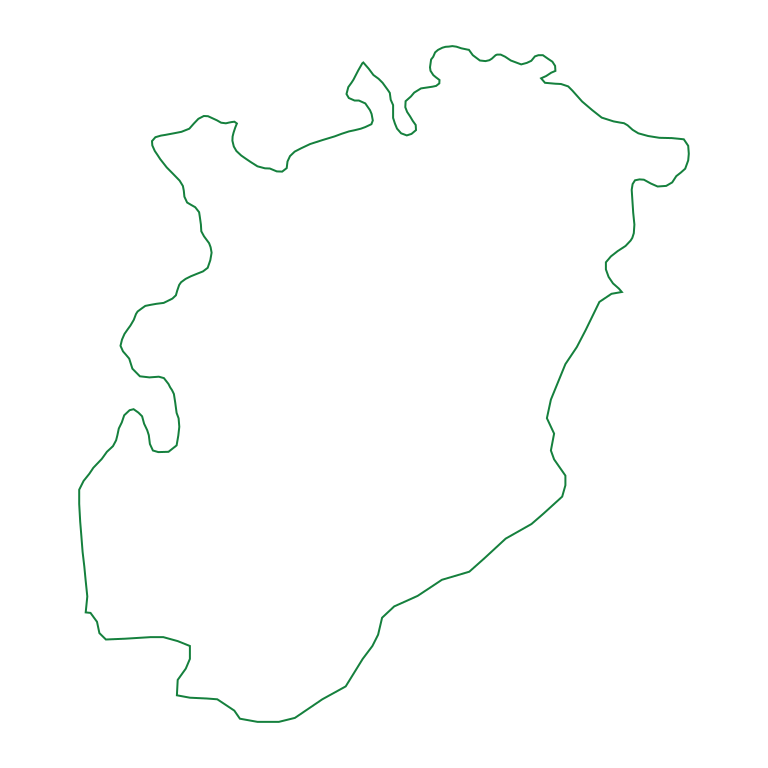 Malaryta, Brest, Belarus (Mercator projection)
{"feature_id": "67162791B17752609820062", "entity_name": "Malaryta", "entity_type": "district", "adm_level": 2, "iso_a3": "BLR", "parent_name": "Belarus", "parent_adm1": "Brest", "projection": "mercator", "projection_center": [24.072, 51.803], "detail": "fine", "context": "isolated", "style": "outline", "palette": "green", "viewbox_px": 768, "rotation_deg": 0, "n_neighbors": 0, "source": "geoboundaries", "source_scale": "gbopen_adm2", "svg_char_len": 3895}
<svg xmlns="http://www.w3.org/2000/svg" viewBox="0 0 768 768"><path d="M85.7,612.4L90.5,612.9L97.0,621.8L99.4,633.1L105.9,639.5L125.2,638.7L151.1,637.1L163.2,637.1L177.7,641.1L189.9,646.0L189.9,658.9L185.8,668.6L177.7,679.9L176.9,695.3L189.9,697.7L206.8,698.5L217.3,699.3L234.3,710.6L239.9,718.7L257.7,721.9L278.7,721.9L294.9,717.9L322.3,699.3L345.7,686.4L362.7,658.9L372.4,646.0L378.1,634.7L382.1,617.7L394.2,606.4L417.6,595.9L441.9,579.8L469.3,571.7L484.7,558.0L505.7,538.6L531.5,524.0L543.6,513.5L562.2,496.6L565.4,485.3L565.4,475.6L554.1,459.4L550.9,450.5L554.1,433.6L546.9,418.2L550.9,399.6L565.4,364.1L576.8,347.1L585.6,330.2L599.4,301.9L611.5,293.8L621.8,292.0L619.0,288.7L613.0,283.4L608.6,276.9L605.9,269.4L605.9,262.3L610.9,256.4L617.8,251.0L625.5,246.0L630.6,240.6L632.3,237.9L633.8,233.2L634.4,224.6L633.2,212.7L631.7,189.8L632.6,184.1L635.0,180.3L639.5,179.4L643.9,179.7L650.8,183.5L657.6,186.5L666.2,185.9L672.2,182.4L676.3,176.1L680.8,172.6L685.2,168.7L688.2,160.4L688.8,153.8L688.2,145.8L683.8,139.3L678.1,138.7L671.9,138.1L659.4,137.8L648.1,136.0L638.3,133.3L632.6,129.8L627.6,125.3L624.0,123.2L620.2,122.6L613.6,121.4L601.7,117.6L592.2,110.1L582.1,101.5L572.3,90.5L568.2,86.4L561.0,84.0L555.1,83.7L545.0,82.8L541.1,78.3L546.2,76.0L551.2,72.7L555.4,70.9L555.1,65.9L552.4,61.7L547.9,58.7L542.9,55.2L538.4,55.2L534.9,56.4L531.3,60.8L526.8,62.9L521.2,64.4L510.8,60.5L505.1,56.7L500.7,54.6L497.1,54.6L495.6,55.2L491.8,58.7L489.4,60.2L485.5,61.1L479.9,60.5L472.8,55.2L468.9,49.8L468.0,49.7L461.3,48.3L456.5,46.7L452.4,46.1L448.8,46.6L445.6,46.8L442.4,47.7L438.0,49.9L435.1,52.4L433.2,56.8L431.1,59.5L430.0,67.3L430.5,70.8L433.3,75.1L435.8,77.2L439.5,80.0L439.3,83.4L436.1,85.9L432.4,86.7L428.4,87.3L421.0,88.4L414.2,92.6L410.9,96.5L405.6,101.2L405.3,107.2L407.1,111.9L410.1,116.4L412.7,120.8L415.7,125.0L416.0,130.1L411.5,133.9L406.8,135.4L401.1,133.3L397.0,128.6L394.9,123.5L393.1,117.9L393.1,111.0L393.1,105.1L390.7,99.7L389.8,92.9L387.7,89.8L382.6,82.8L378.6,78.8L373.4,75.0L368.7,68.7L363.3,62.5L362.3,63.3L358.3,70.3L355.6,75.5L353.5,79.6L351.5,82.7L348.3,87.1L346.5,94.0L348.8,98.0L354.5,100.5L358.8,100.5L365.3,103.4L370.0,110.2L371.6,114.0L372.8,120.5L371.4,124.2L365.2,127.1L360.8,128.7L354.7,130.2L349.0,131.4L341.6,133.8L334.6,136.4L322.7,140.0L310.2,144.0L301.1,148.3L294.7,151.6L290.0,156.1L287.5,161.5L286.7,168.1L282.2,171.6L276.8,171.4L269.8,168.5L264.9,168.3L257.4,166.3L250.5,161.9L245.2,158.3L241.2,155.5L236.4,151.0L233.8,146.5L232.4,140.7L232.6,136.5L233.6,132.5L235.3,127.4L236.9,123.5L234.4,121.7L231.4,122.1L228.9,122.6L225.9,123.3L221.1,122.7L216.9,120.3L208.0,116.2L203.8,116.0L198.4,118.8L193.9,123.5L189.3,128.7L181.5,131.8L174.9,133.1L165.3,134.9L160.9,135.6L155.4,137.2L152.0,141.1L152.3,145.4L154.8,151.0L157.4,154.8L160.2,159.1L166.7,167.4L173.1,173.9L179.6,180.6L182.9,186.0L183.8,190.7L184.4,196.7L187.1,202.5L190.8,204.7L195.2,207.2L199.1,212.2L199.7,216.0L200.9,224.5L201.3,231.3L204.0,236.3L209.1,243.2L210.6,247.2L211.6,252.7L210.3,260.2L207.7,267.8L203.0,271.4L197.2,273.7L190.8,276.3L185.6,278.9L181.1,282.2L179.2,284.9L177.2,290.7L175.9,295.3L172.4,298.6L163.7,302.9L156.5,303.8L150.8,304.8L145.3,305.9L141.9,308.3L137.6,311.5L136.0,314.0L133.8,319.8L130.4,325.6L127.7,329.3L124.5,333.9L122.0,339.6L120.5,345.8L123.0,351.4L125.3,354.0L129.2,358.6L132.4,368.7L139.9,376.3L149.5,377.4L158.8,376.7L163.9,378.1L168.5,384.0L170.2,387.4L172.0,390.1L173.9,394.0L175.2,402.4L176.6,412.9L178.6,418.3L179.3,426.8L178.3,435.6L176.6,445.4L168.5,451.8L158.3,452.1L152.9,450.5L149.9,444.0L148.8,435.2L147.2,430.2L144.1,423.7L142.1,416.3L138.4,412.6L133.6,409.2L129.6,410.2L124.2,415.3L121.8,422.4L118.8,428.5L117.4,435.2L116.1,440.3L113.0,446.1L106.9,451.8L101.8,458.9L93.4,467.7L89.3,473.8L83.6,480.9L79.2,489.7L79.2,503.9L80.2,521.8L81.2,534.0L82.6,551.9L84.3,566.4L85.6,580.0L87.3,596.5L85.7,612.4Z" fill="none" stroke="#15803d" stroke-width="2"/></svg>